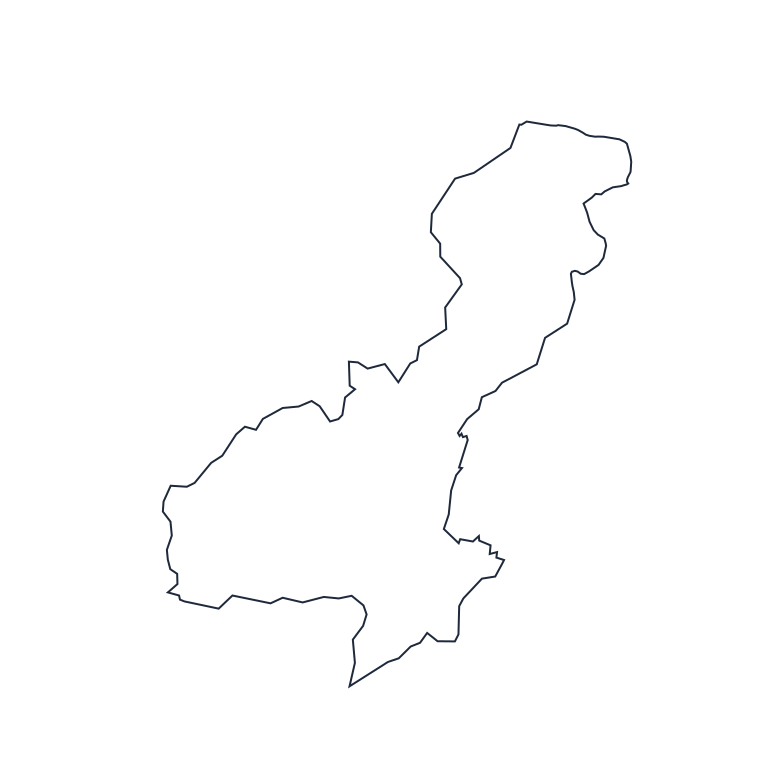 outline of Gostivar, Gostivar, North Macedonia, rotated 106°
{"feature_id": "65306769B11113266730381", "entity_name": "Gostivar", "entity_type": "district", "adm_level": 2, "iso_a3": "MKD", "parent_name": "North Macedonia", "parent_adm1": "Gostivar", "projection": "orthographic", "projection_center": [20.801, 41.759], "detail": "fine", "context": "isolated", "style": "outline", "palette": "slate", "viewbox_px": 768, "rotation_deg": 106, "n_neighbors": 0, "source": "geoboundaries", "source_scale": "gbopen_adm2", "svg_char_len": 2183}
<svg xmlns="http://www.w3.org/2000/svg" viewBox="0 0 768 768"><g transform="rotate(106 384 384)"><path d="M557.8,563.5L567.6,561.4L575.2,551.3L588.2,546.2L603.3,547.0L612.4,543.4L620.9,538.4L623.5,530.5L633.2,527.4L643.9,534.3L643.8,522.7L647.5,520.7L648.0,515.9L645.5,481.0L629.1,471.4L626.1,432.6L617.4,422.5L616.4,402.0L605.3,383.2L602.6,368.4L596.5,356.7L602.5,342.7L610.3,337.2L622.2,337.4L638.3,343.5L660.1,335.1L684.1,333.8L650.1,303.6L643.6,294.2L629.0,286.0L622.8,278.0L611.4,273.9L616.5,261.6L611.9,244.9L604.2,243.4L576.8,250.5L568.2,248.6L544.1,236.2L538.4,224.0L523.8,220.8L520.1,220.1L519.9,228.1L514.4,229.0L518.3,235.5L509.7,237.1L508.3,249.3L504.0,250.9L510.9,255.1L512.2,268.0L516.5,268.3L506.9,286.5L491.6,285.8L467.8,290.1L451.7,289.5L443.3,285.9L443.6,288.8L414.8,288.1L411.2,290.3L413.3,293.5L410.4,295.8L413.1,297.0L410.7,299.4L394.8,294.4L382.2,286.0L369.7,286.3L360.0,274.9L350.2,270.9L323.0,242.6L295.2,241.9L275.5,224.6L250.5,224.0L243.1,227.0L238.0,229.8L234.3,231.5L226.6,234.7L225.1,234.5L224.3,234.3L222.6,231.7L222.5,228.9L223.8,225.3L223.2,221.9L219.4,218.1L210.4,210.6L202.3,207.8L189.9,208.6L187.8,209.6L183.4,212.3L181.4,219.7L178.3,224.9L171.4,231.1L163.1,236.1L155.5,241.9L147.5,235.6L143.0,233.1L141.8,227.4L138.1,225.0L131.9,218.3L128.3,210.3L127.0,208.5L125.4,205.8L124.0,204.5L122.6,206.2L121.1,206.7L118.1,206.6L116.6,206.3L112.4,205.5L110.9,205.7L102.2,207.6L97.0,210.0L86.1,216.7L84.9,219.2L83.9,225.1L85.7,240.7L86.9,245.6L88.1,249.4L88.3,251.0L88.8,254.8L88.7,258.7L87.7,261.8L86.4,267.2L86.2,268.9L86.0,270.8L86.0,274.7L86.0,280.5L87.2,288.0L88.2,289.6L89.5,294.9L90.1,299.7L92.4,319.2L96.9,323.4L97.3,325.4L122.2,327.5L156.3,355.8L167.0,372.3L207.2,384.9L225.2,380.8L233.6,368.7L246.1,365.0L261.3,340.1L266.8,336.7L293.6,346.3L314.1,339.3L338.4,360.5L352.0,358.9L357.0,364.4L378.4,370.7L364.6,388.7L373.7,404.0L370.4,415.0L372.2,423.9L395.1,416.5L397.0,410.4L407.7,417.7L425.2,415.5L430.3,418.2L434.9,425.5L423.1,439.7L420.3,448.9L429.2,459.9L435.0,474.8L450.9,490.8L463.3,494.4L463.4,505.9L473.1,512.2L497.5,519.7L507.4,528.4L531.3,538.8L537.1,545.2L540.6,561.0L557.8,563.5Z" fill="none" stroke="#1e293b" stroke-width="2"/></g></svg>